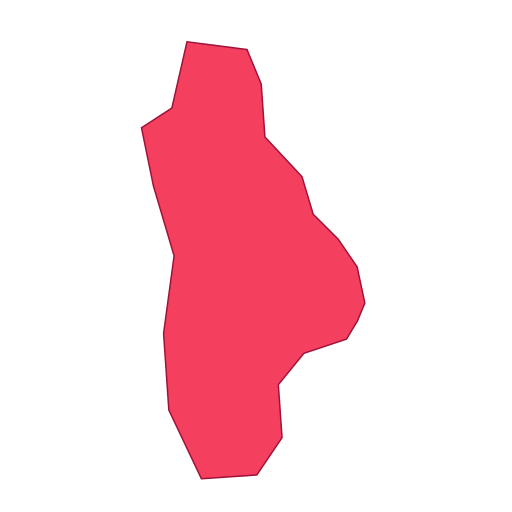 an SVG outline of Eger, rotated 356°
{"feature_id": "HUN-4920", "entity_name": "Eger", "entity_type": "Urban county", "adm_level": 1, "iso_a3": "HUN", "parent_name": "Hungary", "parent_adm1": "", "projection": "orthographic", "projection_center": [20.383, 47.928], "detail": "fine", "context": "isolated", "style": "filled", "palette": "rose", "viewbox_px": 512, "rotation_deg": 356, "n_neighbors": 0, "source": "natural_earth", "source_scale": "10m", "svg_char_len": 444}
<svg xmlns="http://www.w3.org/2000/svg" viewBox="0 0 512 512"><g transform="rotate(356 256 256)"><path d="M307.4,180.1L316.0,218.4L339.2,245.0L356.1,273.9L361.3,310.5L352.7,327.8L340.5,345.2L297.0,356.4L269.3,385.9L269.3,439.0L241.5,474.5L186.0,474.4L158.3,403.6L158.4,326.8L174.3,250.1L158.6,179.2L150.7,120.1L182.4,102.5L202.1,37.5L261.4,49.4L273.2,84.8L273.2,137.9L307.4,180.1Z" fill="#f43f5e" stroke="#9f1239" stroke-width="1.5"/></g></svg>